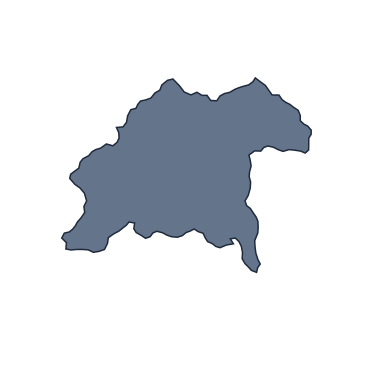 Desterro do Melo, Minas Gerais, Brazil, rotated 141°
{"feature_id": "56859067B10239152985406", "entity_name": "Desterro do Melo", "entity_type": "district", "adm_level": 2, "iso_a3": "BRA", "parent_name": "Brazil", "parent_adm1": "Minas Gerais", "projection": "albers", "projection_center": [-43.519, -21.135], "detail": "fine", "context": "isolated", "style": "filled", "palette": "slate", "viewbox_px": 384, "rotation_deg": 141, "n_neighbors": 0, "source": "geoboundaries", "source_scale": "gbopen_adm2", "svg_char_len": 2100}
<svg xmlns="http://www.w3.org/2000/svg" viewBox="0 0 384 384"><g transform="rotate(141 192 192)"><path d="M59.7,183.3L58.1,188.7L59.7,193.7L60.8,198.5L62.7,202.7L63.9,207.1L63.4,212.6L68.7,217.0L68.3,223.3L67.9,228.6L69.3,233.7L71.0,240.8L75.1,239.4L80.6,239.6L85.7,241.9L90.1,243.6L94.0,244.8L99.9,245.7L104.9,248.1L109.8,249.0L115.3,247.3L119.9,251.4L119.5,257.7L123.4,260.8L125.4,266.4L131.7,268.1L135.1,274.5L134.9,282.4L135.7,291.8L140.7,294.2L148.0,294.2L152.9,291.4L158.6,292.3L164.7,290.9L169.8,292.6L174.8,295.1L179.0,294.2L182.9,292.3L187.8,294.5L194.1,291.7L199.0,287.4L204.6,286.0L210.1,289.7L211.6,284.1L214.7,279.9L218.7,277.8L224.4,277.7L228.3,283.2L235.4,283.6L240.0,285.5L244.4,286.2L249.3,285.2L255.8,286.5L260.2,285.5L264.9,281.8L270.1,282.0L275.1,282.2L278.5,279.5L278.2,271.6L276.5,265.5L276.4,258.7L279.5,251.4L285.1,248.8L288.3,243.6L294.7,241.7L300.0,240.8L304.0,239.1L308.3,238.2L312.5,238.2L317.1,240.4L322.2,238.2L321.5,231.6L325.9,227.1L322.4,223.0L318.0,220.1L313.4,216.4L309.0,212.3L306.6,207.2L301.9,204.5L296.2,202.4L290.1,205.2L285.7,209.2L278.9,208.7L273.4,207.6L268.4,207.6L264.0,207.5L259.8,208.3L256.1,204.0L260.3,200.1L260.9,195.6L258.9,190.6L257.2,185.2L252.6,183.6L248.2,184.8L244.0,183.6L240.5,178.8L238.7,174.4L236.1,170.2L231.9,166.1L227.1,164.2L222.0,164.2L218.1,162.8L213.6,161.9L212.2,157.4L209.3,152.9L210.6,148.0L211.1,143.6L208.8,139.3L207.7,134.6L205.3,131.1L198.6,129.1L192.4,125.7L191.7,131.5L187.3,128.9L186.7,123.9L187.9,118.6L190.9,113.1L195.0,108.6L195.9,103.0L195.4,98.6L195.2,93.8L192.4,88.9L188.5,91.9L184.3,93.1L183.3,98.0L180.8,104.4L177.4,109.9L173.9,114.7L166.6,118.8L162.5,123.3L159.2,127.8L157.9,132.3L157.6,136.9L157.0,142.4L158.1,147.0L156.4,151.7L150.6,153.9L144.3,158.3L140.1,163.0L137.9,168.0L134.6,171.4L129.7,175.0L126.9,179.8L124.5,184.9L117.4,184.5L112.8,180.5L108.3,181.4L104.2,180.1L100.6,175.6L98.3,170.5L95.7,166.3L89.8,163.8L86.0,160.0L81.9,155.5L79.5,151.0L74.9,151.3L71.1,155.8L67.4,160.3L63.2,161.8L60.4,165.1L60.6,170.4L62.3,174.3L63.0,179.3L59.7,183.3Z" fill="#64748b" stroke="#1e293b" stroke-width="1.5"/></g></svg>